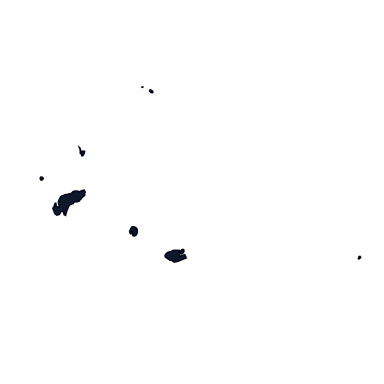 an SVG outline of Temotu, rotated 342°
{"feature_id": "SLB-1934", "entity_name": "Temotu", "entity_type": "Province", "adm_level": 1, "iso_a3": "SLB", "parent_name": "Solomon Islands", "parent_adm1": "", "projection": "orthographic", "projection_center": [166.516, -11.046], "detail": "fine", "context": "isolated", "style": "filled", "palette": "ink", "viewbox_px": 384, "rotation_deg": 342, "n_neighbors": 0, "source": "natural_earth", "source_scale": "10m", "svg_char_len": 1953}
<svg xmlns="http://www.w3.org/2000/svg" viewBox="0 0 384 384"><g transform="rotate(342 192 192)"><path d="M90.4,159.1L89.4,160.1L89.1,161.9L85.7,163.3L84.6,164.2L82.9,165.0L82.0,165.8L80.2,165.7L79.6,165.9L77.2,164.9L76.1,165.8L75.3,166.4L74.3,166.1L71.1,166.7L67.2,171.1L64.5,175.2L63.4,174.1L63.6,171.5L62.6,170.3L61.5,170.0L58.9,172.4L56.2,172.2L54.9,170.1L54.7,166.4L54.6,164.5L56.3,163.2L57.2,162.0L58.2,160.5L59.0,160.5L58.6,163.7L60.0,165.2L60.9,165.4L61.3,164.2L61.4,162.8L61.7,160.4L63.2,158.3L65.9,155.7L70.0,155.4L76.5,156.1L79.4,154.7L82.6,155.4L84.1,156.2L84.3,156.6L84.7,157.1L87.4,156.7L90.0,156.8L90.4,159.1ZM160.7,246.5L160.8,247.8L160.7,249.6L165.7,249.3L166.2,252.9L159.4,253.4L157.5,253.6L156.0,253.5L153.4,253.2L152.1,251.4L151.0,250.3L149.7,249.9L149.3,249.2L147.7,247.2L146.6,245.8L146.6,244.3L147.3,243.4L148.2,242.8L150.0,242.0L151.7,241.9L153.8,242.1L155.8,241.7L158.0,242.2L161.8,243.6L160.7,246.5ZM127.6,213.5L125.5,215.8L124.8,215.8L123.9,216.1L123.2,215.9L122.4,215.4L122.4,214.8L122.5,214.0L123.0,213.3L123.3,212.7L123.2,211.4L121.9,212.2L120.9,213.0L120.4,212.2L120.5,210.2L121.9,208.5L123.5,207.0L124.7,206.6L126.0,207.1L127.4,208.3L128.2,209.6L128.2,211.3L127.6,213.5ZM99.9,119.4L101.2,119.4L102.4,120.2L101.5,121.9L99.8,123.5L98.5,123.7L98.4,122.4L98.6,121.2L98.0,121.1L97.7,120.5L98.4,118.6L98.7,116.6L98.6,114.8L99.0,115.4L99.0,119.8L99.6,119.6L99.9,119.4ZM166.2,244.1L166.3,244.9L165.8,246.3L164.3,247.4L162.7,247.7L162.1,246.6L162.6,245.1L163.8,243.9L165.4,243.8L166.2,244.1ZM53.8,134.0L53.0,134.3L52.2,134.1L51.8,133.2L51.9,132.1L52.1,131.5L52.6,131.1L53.9,131.4L54.7,132.6L54.5,133.5L53.8,134.0ZM183.6,84.5L182.9,82.9L183.3,82.0L184.3,82.1L185.4,83.3L185.7,84.5L185.5,85.2L184.7,85.3L183.6,84.5ZM331.0,305.0L331.9,305.1L332.2,306.4L331.5,306.8L330.1,307.3L329.7,306.5L330.4,305.8L331.0,305.0ZM176.2,76.9L177.4,76.7L177.7,77.0L177.3,77.2L176.2,76.9Z" fill="#0f172a" stroke="#020617" stroke-width="1.5"/></g></svg>